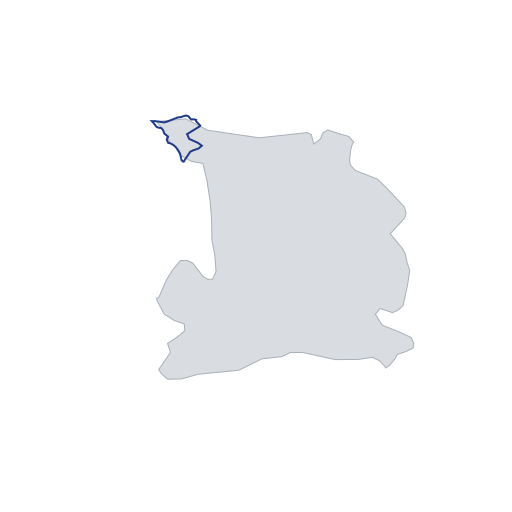 Ulcinj highlighted on a map of Montenegro, rotated 141°
{"feature_id": "MNE-1497", "entity_name": "Ulcinj", "entity_type": "Municipality", "adm_level": 1, "iso_a3": "MNE", "parent_name": "Montenegro", "parent_adm1": "", "projection": "equal_earth", "projection_center": [19.282, 41.979], "detail": "fine", "context": "in_parent", "style": "outline", "palette": "blue", "viewbox_px": 512, "rotation_deg": 141, "n_neighbors": 0, "source": "natural_earth", "source_scale": "10m", "svg_char_len": 1933}
<svg xmlns="http://www.w3.org/2000/svg" viewBox="0 0 512 512"><g transform="rotate(141 256 256)"><path d="M225.7,87.4L225.3,89.9L226.0,97.1L229.4,104.1L241.7,111.3L259.6,125.6L280.6,151.8L290.3,159.5L299.1,161.4L316.0,172.3L327.9,175.0L341.1,178.0L375.7,200.7L391.3,207.4L402.3,215.9L403.6,224.0L403.1,229.0L383.2,234.9L379.7,243.8L370.1,242.7L358.4,242.7L354.6,248.3L360.2,257.6L363.9,268.6L361.0,283.6L360.1,285.6L357.2,285.1L340.8,293.8L328.5,297.9L317.5,300.0L312.2,295.8L309.6,290.1L310.1,273.6L308.0,268.0L304.3,265.3L296.7,269.2L287.9,281.9L279.8,296.8L267.5,312.3L257.4,327.1L246.4,345.9L239.0,361.4L246.7,370.2L251.5,382.4L250.0,391.5L251.4,396.8L249.0,412.9L248.5,423.0L224.3,406.8L214.4,384.1L179.1,345.8L138.7,319.8L136.6,315.7L138.8,310.7L140.7,306.7L132.3,306.4L126.4,309.6L120.9,308.7L114.6,299.0L108.7,290.5L108.4,283.1L111.1,282.1L115.2,279.2L123.7,270.9L125.4,266.6L125.0,260.0L113.2,239.2L111.6,225.8L109.9,200.7L112.5,194.8L116.9,191.9L137.7,188.8L137.5,169.3L138.8,163.5L142.9,155.4L145.6,148.0L157.2,137.5L172.9,124.9L179.7,124.5L185.7,126.2L192.5,137.1L199.9,135.7L201.4,122.7L191.8,105.6L186.7,94.8L188.3,88.8L191.9,85.6L200.2,87.6L208.1,90.6L213.2,88.5L221.1,87.0L225.7,87.4Z" fill="#d9dde1" stroke="#a8b0b8" stroke-width="1"/><path d="M252.8,374.8L253.2,375.2L253.6,377.2L250.7,383.2L250.0,386.7L249.8,390.7L250.4,394.6L251.8,397.7L253.0,399.1L252.2,402.5L251.2,403.3L250.0,403.5L249.2,404.2L250.2,408.9L249.8,410.3L249.2,411.4L249.0,412.4L249.1,413.8L249.0,414.6L249.4,415.4L250.8,416.8L252.0,418.9L251.9,424.2L252.1,426.4L249.2,424.0L243.5,417.8L240.9,416.5L229.6,412.9L226.9,411.2L223.1,409.8L221.8,409.0L220.6,407.0L220.5,405.8L220.7,404.7L220.3,402.7L219.5,402.3L217.9,400.9L216.8,399.4L217.6,398.7L217.7,397.8L217.3,392.4L218.3,392.2L232.9,394.1L234.2,389.0L229.8,380.2L228.7,375.8L232.9,375.7L238.5,377.7L241.5,378.4L250.9,375.5L252.8,374.8Z" fill="none" stroke="#1e3a8a" stroke-width="2"/></g></svg>